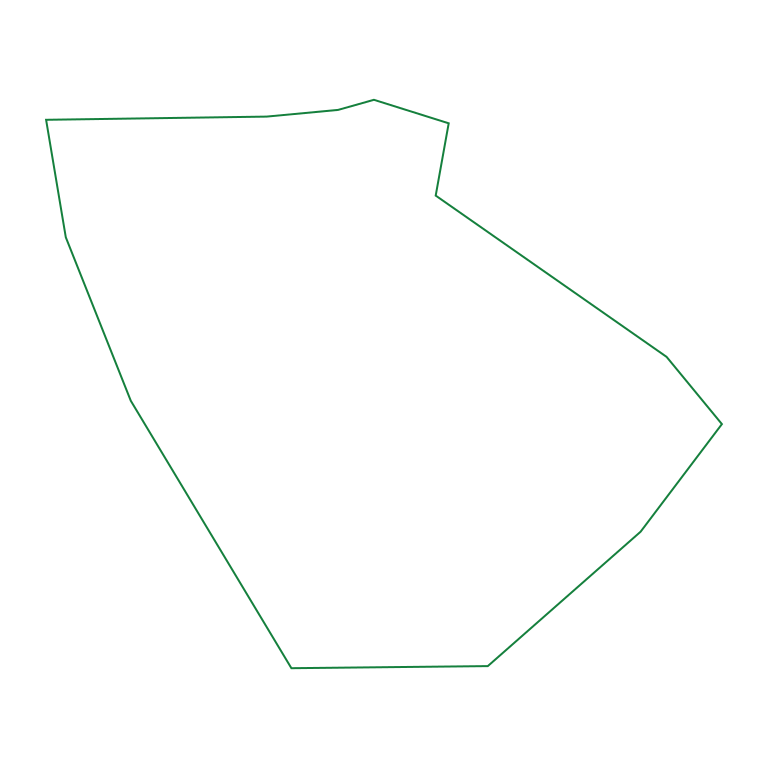 SVG path tracing the border of Manila
{"feature_id": "PHL-5543", "entity_name": "Manila", "entity_type": "Highly Urbanized City", "adm_level": 1, "iso_a3": "PHL", "parent_name": "Philippines", "parent_adm1": "", "projection": "orthographic", "projection_center": [120.991, 14.594], "detail": "fine", "context": "isolated", "style": "outline", "palette": "green", "viewbox_px": 768, "rotation_deg": 0, "n_neighbors": 0, "source": "natural_earth", "source_scale": "10m", "svg_char_len": 292}
<svg xmlns="http://www.w3.org/2000/svg" viewBox="0 0 768 768"><path d="M291.4,668.2L130.8,400.8L65.8,237.3L46.1,119.8L266.6,116.6L338.1,109.9L373.9,99.8L448.7,123.3L435.7,195.6L666.6,356.9L721.9,424.1L640.6,531.7L487.8,666.1L291.4,668.2Z" fill="none" stroke="#15803d" stroke-width="2"/></svg>